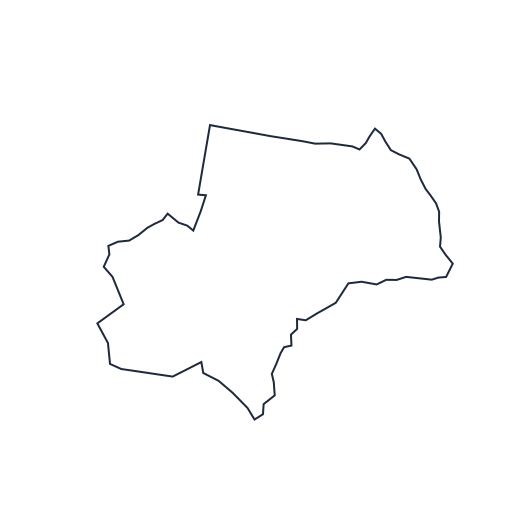 outline of Estação, Rio Grande do Sul, Brazil, rotated 325°
{"feature_id": "56859067B47063439321090", "entity_name": "Estação", "entity_type": "district", "adm_level": 2, "iso_a3": "BRA", "parent_name": "Brazil", "parent_adm1": "Rio Grande do Sul", "projection": "orthographic", "projection_center": [-52.286, -27.926], "detail": "fine", "context": "isolated", "style": "outline", "palette": "slate", "viewbox_px": 512, "rotation_deg": 325, "n_neighbors": 0, "source": "geoboundaries", "source_scale": "gbopen_adm2", "svg_char_len": 1157}
<svg xmlns="http://www.w3.org/2000/svg" viewBox="0 0 512 512"><g transform="rotate(325 256 256)"><path d="M125.1,177.5L126.5,190.8L119.9,219.6L87.4,220.2L84.8,242.4L78.5,253.6L74.5,260.7L80.8,271.3L118.6,307.0L150.4,311.5L145.7,321.6L153.8,336.9L158.4,354.7L161.9,375.6L161.0,389.1L171.0,389.6L177.3,381.7L191.4,380.9L198.1,369.7L201.4,361.6L210.8,356.0L220.4,349.7L226.7,346.8L233.7,349.7L239.5,340.5L247.9,339.3L253.5,331.1L259.9,337.2L272.8,338.0L294.5,340.1L316.0,331.4L327.8,337.7L338.5,348.5L349.0,350.2L357.5,356.3L367.0,359.2L386.4,376.2L393.0,378.3L399.7,382.2L412.8,375.1L412.0,363.8L412.1,353.9L418.0,346.8L421.6,340.2L425.7,332.7L431.4,324.8L433.7,316.1L433.7,306.2L433.4,298.3L434.9,287.5L437.3,277.1L437.5,264.2L431.5,254.8L427.2,246.7L427.6,236.4L428.6,227.8L426.5,219.9L417.9,223.1L410.6,226.5L401.9,228.1L397.8,221.5L381.8,206.6L368.9,197.9L360.5,189.2L336.9,166.4L293.4,122.4L260.6,155.5L243.8,172.5L249.8,177.5L236.6,187.5L219.2,199.2L217.1,191.7L211.6,184.1L207.9,170.6L200.2,173.0L190.8,171.4L183.3,170.6L171.6,171.4L160.9,170.6L151.1,165.1L140.9,163.0L136.8,170.6L125.1,177.5Z" fill="none" stroke="#1e293b" stroke-width="2"/></g></svg>